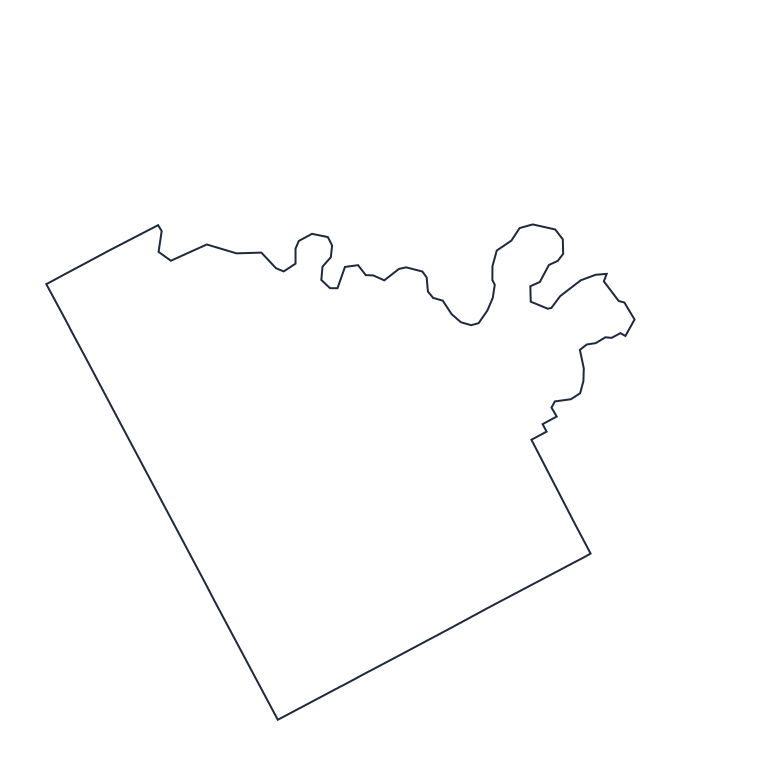 the district of Osage, Oklahoma, United States of America, rotated 152°
{"feature_id": "52423323B53905412761485", "entity_name": "Osage", "entity_type": "district", "adm_level": 2, "iso_a3": "USA", "parent_name": "United States of America", "parent_adm1": "Oklahoma", "projection": "mercator", "projection_center": [-96.591, 36.58], "detail": "fine", "context": "isolated", "style": "outline", "palette": "slate", "viewbox_px": 768, "rotation_deg": 152, "n_neighbors": 0, "source": "geoboundaries", "source_scale": "gbopen_adm2", "svg_char_len": 1582}
<svg xmlns="http://www.w3.org/2000/svg" viewBox="0 0 768 768"><g transform="rotate(152 384 384)"><path d="M387.2,137.5L302.2,137.2L299.8,137.2L287.4,137.1L285.2,137.2L281.2,137.3L281.1,171.5L280.0,265.6L262.8,265.6L262.8,274.1L246.8,274.2L247.2,284.5L241.3,288.4L226.1,282.8L215.1,283.8L206.6,292.9L200.3,303.9L195.0,322.2L186.4,323.7L177.9,320.7L166.6,321.3L161.4,317.9L151.4,317.9L148.3,313.1L132.5,323.3L133.5,343.1L137.8,347.1L141.7,371.4L135.7,376.7L145.9,381.1L161.5,383.2L187.1,378.9L200.5,372.6L204.1,373.6L215.8,387.8L208.9,401.6L198.5,400.9L182.5,411.7L172.8,411.1L164.7,414.8L158.2,427.8L160.3,440.1L177.8,455.1L191.1,458.0L204.2,450.8L221.8,448.9L233.0,437.0L239.5,424.9L239.6,419.6L247.5,409.0L258.3,400.3L271.9,393.3L279.4,395.0L287.1,402.4L291.5,413.9L293.0,430.0L300.2,437.0L301.8,445.0L296.3,458.1L297.3,465.3L309.7,476.6L316.8,478.6L335.1,475.4L342.5,484.9L349.0,488.7L351.1,501.1L363.5,505.7L380.1,490.4L386.7,494.0L390.5,505.3L383.2,516.5L371.4,520.9L364.8,530.7L364.6,540.1L377.1,550.4L392.1,550.3L398.6,545.0L405.6,531.8L419.7,530.5L425.0,536.9L430.6,557.6L452.9,568.6L475.0,590.4L514.3,592.9L521.0,606.5L508.5,623.4L508.9,630.3L562.9,630.9L568.9,630.9L592.8,630.8L615.1,630.8L626.4,630.7L635.3,630.7L635.1,596.7L635.1,583.3L635.1,582.0L635.2,578.7L635.1,545.0L635.2,476.7L635.2,467.3L635.3,292.6L635.5,272.6L635.4,137.4L569.0,137.3L568.0,137.2L566.2,137.3L565.0,137.3L563.7,137.3L562.9,137.2L548.4,137.2L541.2,137.3L532.9,137.3L505.1,137.2L503.8,137.2L449.3,137.2L439.3,137.2L399.2,137.5L387.2,137.5Z" fill="none" stroke="#1e293b" stroke-width="2"/></g></svg>